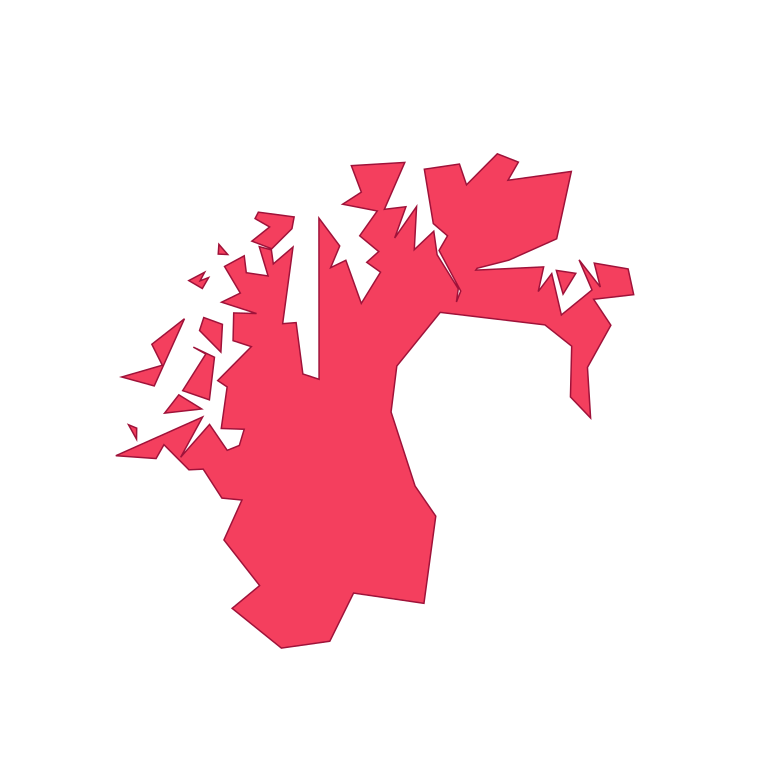 outline of Finnmark, rotated 331°
{"feature_id": "NOR-1062", "entity_name": "Finnmark", "entity_type": "County", "adm_level": 1, "iso_a3": "NOR", "parent_name": "Norway", "parent_adm1": "", "projection": "orthographic", "projection_center": [25.614, 69.86], "detail": "medium", "context": "isolated", "style": "filled", "palette": "rose", "viewbox_px": 768, "rotation_deg": 331, "n_neighbors": 0, "source": "natural_earth", "source_scale": "10m", "svg_char_len": 1968}
<svg xmlns="http://www.w3.org/2000/svg" viewBox="0 0 768 768"><g transform="rotate(331 384 384)"><path d="M548.2,513.9L540.8,485.7L566.5,441.9L553.4,410.3L467.9,348.6L403.9,374.5L376.6,411.9L361.7,488.3L365.2,524.7L312.6,595.2L256.0,552.1L211.9,582.7L166.2,565.2L142.4,506.6L177.5,500.0L168.4,442.8L203.5,416.6L186.9,405.2L184.6,370.8L171.8,364.5L162.1,330.4L148.5,338.7L114.7,316.7L209.4,324.9L170.6,349.5L211.8,334.8L214.7,366.0L227.7,367.6L239.8,355.8L220.1,344.0L245.4,310.5L240.2,300.4L286.1,287.0L273.0,272.9L287.0,249.0L306.7,260.6L281.6,233.7L302.4,234.8L301.5,203.9L323.9,204.1L317.5,219.9L335.0,233.3L341.5,203.4L350.5,212.1L345.4,225.3L370.8,220.1L324.6,282.1L336.9,287.7L317.9,335.9L329.5,348.4L407.5,207.4L412.2,241.8L393.7,256.4L410.6,257.3L403.2,302.5L435.2,284.5L427.9,269.2L443.6,265.6L434.6,242.6L462.0,229.4L435.0,206.7L457.2,205.2L461.3,177.2L509.6,200.3L469.0,231.4L489.1,239.6L464.1,261.5L498.5,244.6L475.6,281.2L501.6,274.5L493.1,296.7L495.1,336.7L487.1,347.4L496.2,339.9L496.9,293.9L511.4,285.2L504.9,267.6L523.4,215.7L556.6,228.2L552.7,249.8L594.7,237.6L609.1,255.1L591.2,265.9L650.9,288.9L605.4,340.7L553.2,336.2L521.5,327.9L519.5,328.9L580.4,359.0L563.7,377.9L584.2,368.8L572.6,409.6L611.5,402.6L614.8,370.0L620.2,404.1L626.5,380.2L653.3,401.7L645.7,426.9L608.4,411.5L610.9,442.6L570.0,468.1L548.2,513.9ZM182.1,274.3L158.0,250.7L199.2,260.1L200.2,236.7L241.1,230.2L182.1,274.3ZM248.7,278.4L223.6,313.2L204.7,292.2L242.7,271.4L235.1,259.3L248.7,278.4ZM357.4,172.8L386.4,194.3L378.8,203.5L351.4,211.3L337.7,195.0L360.1,191.2L351.4,176.8L357.4,172.8ZM271.6,253.5L256.8,277.0L248.6,247.8L258.6,238.5L271.6,253.5ZM199.3,294.0L212.4,317.4L178.0,303.1L199.3,294.0ZM589.8,368.2L605.4,380.2L584.2,392.2L589.8,368.2ZM273.2,204.6L282.2,205.9L271.4,212.4L263.4,198.9L281.3,199.3L273.2,204.6ZM140.8,295.8L146.3,302.7L140.8,312.3L140.8,295.8ZM307.3,181.8L310.1,195.0L302.0,190.0L307.3,181.8Z" fill="#f43f5e" stroke="#9f1239" stroke-width="1.5"/></g></svg>